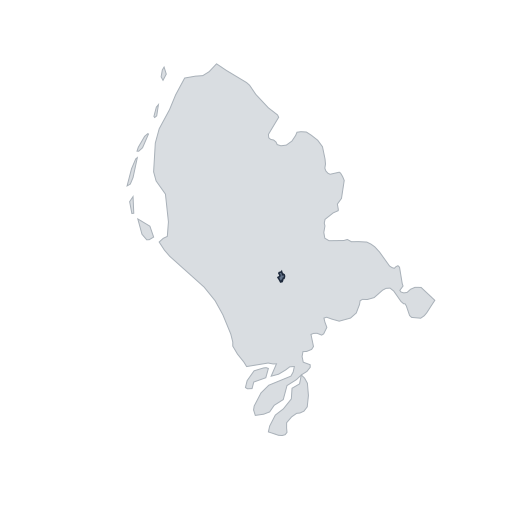 Culemborg, Gelderland, Netherlands (highlighted), rotated 301°
{"feature_id": "6326949B1305766701073", "entity_name": "Culemborg", "entity_type": "district", "adm_level": 2, "iso_a3": "NLD", "parent_name": "Netherlands", "parent_adm1": "Gelderland", "projection": "mercator", "projection_center": [5.204, 51.949], "detail": "fine", "context": "in_parent", "style": "filled", "palette": "slate", "viewbox_px": 512, "rotation_deg": 301, "n_neighbors": 0, "source": "geoboundaries", "source_scale": "gbopen_adm2", "svg_char_len": 4811}
<svg xmlns="http://www.w3.org/2000/svg" viewBox="0 0 512 512"><g transform="rotate(301 256 256)"><path d="M310.1,432.1L302.4,431.8L295.3,431.6L291.5,431.0L287.5,429.2L285.7,425.5L283.5,421.0L284.1,418.3L290.7,410.5L291.8,408.3L291.1,407.2L291.7,403.7L296.9,392.1L297.5,387.4L295.2,384.1L291.9,382.1L281.2,378.7L276.0,373.8L273.6,369.5L271.2,368.3L267.7,369.7L258.8,371.3L251.5,369.0L243.0,360.9L241.0,353.6L239.9,348.1L237.8,346.2L234.9,349.0L231.3,353.5L224.1,354.1L222.0,353.0L221.6,350.5L221.2,348.1L219.3,345.2L217.1,343.5L208.0,351.9L204.6,351.8L200.3,348.6L198.2,345.5L193.5,347.3L189.3,351.2L190.7,358.4L188.5,359.8L183.3,359.1L177.4,356.1L170.8,354.3L160.9,349.3L147.0,353.3L137.4,348.5L129.4,348.0L124.4,344.1L119.0,337.5L122.8,333.2L126.5,331.7L141.2,330.8L151.8,333.5L171.0,347.8L175.8,347.6L181.0,345.8L178.4,342.0L173.6,340.1L166.4,336.3L160.8,330.9L174.1,329.1L172.3,326.3L170.5,321.5L156.4,304.9L158.8,300.3L162.4,290.6L166.8,282.5L170.3,280.4L176.1,274.6L188.6,257.8L196.6,244.0L202.6,227.6L211.3,182.2L213.9,174.4L218.1,165.8L223.4,167.4L227.1,169.9L240.1,163.4L262.4,146.5L268.9,131.7L275.4,124.9L301.0,111.5L315.2,107.5L337.0,106.5L352.8,104.1L371.8,103.2L379.0,111.5L383.2,117.5L389.9,120.9L400.4,123.2L399.8,135.1L399.8,158.6L399.0,162.7L394.4,172.6L389.4,190.2L388.0,201.8L386.6,204.0L366.7,204.0L363.9,206.0L363.5,208.5L364.5,211.4L364.0,214.4L362.4,216.8L363.3,220.6L366.7,224.9L373.0,227.6L379.7,227.9L383.2,227.4L385.7,230.5L388.2,235.3L388.0,241.2L387.0,249.3L383.9,256.7L374.7,265.2L370.6,268.2L366.7,269.8L364.9,272.0L364.0,274.9L364.2,277.4L370.7,284.2L370.6,285.8L368.7,289.3L366.2,292.7L349.4,299.6L342.4,299.0L338.4,302.5L337.2,303.1L332.8,300.0L323.0,296.3L319.3,297.6L317.3,299.6L311.1,302.0L306.7,305.8L306.7,310.7L314.5,323.3L317.2,325.8L317.4,330.5L321.1,336.4L325.0,343.8L325.4,348.5L325.0,353.2L323.0,359.9L316.2,375.6L316.1,378.6L316.7,380.9L319.0,381.5L320.8,382.7L320.3,384.8L307.6,395.6L306.0,397.5L300.6,397.0L299.8,398.8L300.5,401.7L302.6,404.3L307.1,405.6L311.0,408.4L314.1,413.7L310.1,432.1ZM177.4,356.1L176.3,360.6L173.4,365.6L163.4,372.8L153.1,377.6L147.7,377.0L144.0,374.5L142.1,371.9L136.5,369.4L128.9,368.1L124.2,370.9L120.8,373.4L117.8,373.0L115.6,370.9L113.9,367.6L111.6,357.2L117.3,355.3L129.6,354.5L139.1,358.2L151.7,359.9L161.2,355.0L168.8,359.2L177.4,356.1ZM156.6,313.5L163.9,320.1L165.5,322.2L166.0,324.5L156.7,327.1L146.8,319.0L140.3,320.9L137.8,317.1L137.8,314.7L144.6,312.6L156.6,313.5ZM226.9,149.7L219.5,158.5L215.0,156.1L213.6,154.0L215.9,147.1L226.9,135.6L226.9,149.7ZM259.9,110.2L252.9,111.2L249.7,109.4L266.6,104.4L277.3,102.9L279.2,103.6L259.9,110.2ZM305.2,101.0L290.4,103.0L285.4,101.5L284.6,100.0L288.6,99.1L301.2,98.9L305.1,100.2L305.2,101.0ZM243.6,120.0L229.7,129.2L228.5,127.7L237.5,119.7L243.6,120.0ZM365.7,85.4L358.7,85.8L360.7,82.4L367.2,79.9L370.6,79.9L365.7,85.4ZM335.5,94.4L325.0,98.7L322.5,97.8L323.1,96.6L332.3,93.9L335.5,94.4Z" fill="#d9dde1" stroke="#a8b0b8" stroke-width="1"/><path d="M255.8,286.0L255.6,286.0L255.5,285.9L255.4,285.9L255.2,285.7L254.9,285.6L254.8,285.4L254.7,285.4L254.5,285.2L254.4,285.0L254.3,284.9L254.1,284.7L253.9,284.5L253.8,284.4L253.7,284.4L253.3,284.4L253.2,284.4L253.1,284.5L252.9,284.5L252.7,284.8L252.6,285.0L252.4,285.4L252.3,285.7L252.2,285.9L252.1,286.0L251.9,286.3L251.7,286.4L251.7,286.5L251.4,286.6L251.2,286.7L250.9,286.8L250.8,286.7L250.7,286.7L250.4,286.7L250.2,286.6L249.9,286.4L249.7,286.3L249.5,286.2L249.4,286.1L249.2,285.9L248.9,285.9L248.9,286.0L248.5,286.6L248.5,286.8L248.4,286.8L248.3,287.0L248.2,287.2L248.2,287.3L248.1,287.5L248.0,287.8L247.9,287.9L247.9,288.0L247.7,288.3L247.5,288.6L247.4,288.7L247.4,288.8L247.3,289.0L247.2,289.1L247.1,289.3L247.0,289.5L246.9,289.6L246.9,289.8L246.7,289.9L246.6,290.0L246.6,290.3L246.5,290.5L246.4,290.6L246.3,290.8L246.2,290.8L246.1,291.0L246.2,290.9L246.4,290.8L246.5,290.7L246.8,290.6L247.1,290.5L247.3,290.5L247.5,290.6L247.8,290.7L247.9,290.8L248.0,290.8L247.9,290.9L247.8,291.0L247.7,291.2L247.6,291.3L247.5,291.5L247.4,291.5L247.5,291.6L247.8,291.5L248.0,291.5L248.3,291.5L248.5,291.4L248.8,291.4L249.0,291.3L249.5,291.1L249.8,291.0L250.0,291.0L250.3,291.0L250.5,291.0L250.8,291.0L250.8,290.9L251.0,290.8L251.1,291.0L251.2,291.3L251.3,291.3L251.3,291.5L251.6,291.5L251.8,291.5L251.9,291.4L252.0,291.4L252.3,291.3L252.6,291.2L252.8,291.2L253.0,291.1L253.3,290.9L253.5,290.8L253.6,290.7L253.8,290.6L253.9,290.4L254.1,290.2L254.3,290.0L254.4,289.9L254.5,289.8L254.5,289.7L254.5,289.4L254.4,289.4L254.3,289.2L254.2,289.2L254.0,288.9L253.9,288.7L253.7,288.5L253.6,288.4L253.8,288.3L254.1,288.2L254.5,288.0L254.6,287.9L254.8,287.7L254.8,287.8L254.9,287.7L255.0,287.7L254.9,287.7L254.7,287.5L254.6,287.4L254.8,287.1L255.0,286.9L255.2,286.7L255.3,286.5L255.4,286.4L255.8,286.0Z" fill="#64748b" stroke="#1e293b" stroke-width="1.5"/></g></svg>